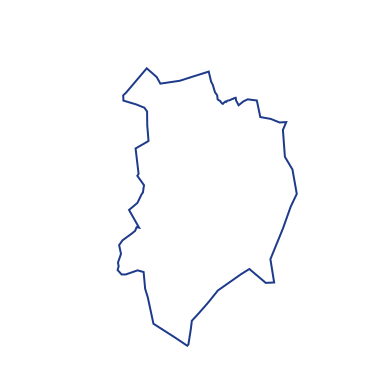 Iwo, Osun, Nigeria, rotated 228°
{"feature_id": "59680162B23671729796425", "entity_name": "Iwo", "entity_type": "district", "adm_level": 2, "iso_a3": "NGA", "parent_name": "Nigeria", "parent_adm1": "Osun", "projection": "robinson", "projection_center": [4.161, 7.675], "detail": "fine", "context": "isolated", "style": "outline", "palette": "blue", "viewbox_px": 384, "rotation_deg": 228, "n_neighbors": 0, "source": "geoboundaries", "source_scale": "gbopen_adm2", "svg_char_len": 1279}
<svg xmlns="http://www.w3.org/2000/svg" viewBox="0 0 384 384"><g transform="rotate(228 192 192)"><path d="M314.2,241.1L309.9,209.1L309.9,206.0L309.8,205.5L305.8,202.2L294.3,209.2L286.5,213.0L281.9,212.5L271.1,203.0L267.6,200.4L259.0,193.8L262.1,179.2L241.3,164.5L240.6,162.2L229.2,160.9L224.5,155.2L224.1,153.2L222.5,149.2L220.4,144.1L220.8,133.2L200.9,128.8L202.9,127.3L201.2,123.7L201.4,119.7L202.6,108.1L201.3,102.3L193.5,97.8L189.1,89.8L185.8,87.7L183.8,84.5L177.8,84.5L175.1,87.5L170.2,99.1L164.9,102.5L151.4,92.4L143.2,88.6L119.9,75.2L94.8,82.1L80.9,85.6L81.1,87.3L90.5,98.9L96.4,105.7L97.3,115.4L99.0,129.9L101.5,145.4L98.1,173.4L96.4,183.1L75.1,186.0L69.8,192.5L89.6,205.3L98.5,223.7L104.1,235.3L115.1,255.6L119.7,266.7L120.5,268.6L141.5,281.7L156.0,284.6L177.3,301.1L180.9,308.8L185.1,303.6L193.8,299.3L202.0,292.9L216.6,301.4L223.6,295.4L224.9,291.0L225.3,284.7L230.5,286.0L232.8,287.5L233.7,285.8L233.7,284.9L234.2,284.1L234.7,282.4L235.0,281.3L236.0,279.8L236.2,278.8L236.1,277.6L236.9,277.4L237.0,275.7L236.8,274.0L237.2,273.7L238.5,273.6L239.7,273.6L240.7,273.9L242.3,273.3L243.8,273.1L247.0,275.4L250.9,275.9L257.9,279.2L261.1,280.0L270.3,285.0L277.6,269.0L282.8,257.4L293.7,241.0L301.0,242.7L314.2,241.1Z" fill="none" stroke="#1e3a8a" stroke-width="2"/></g></svg>